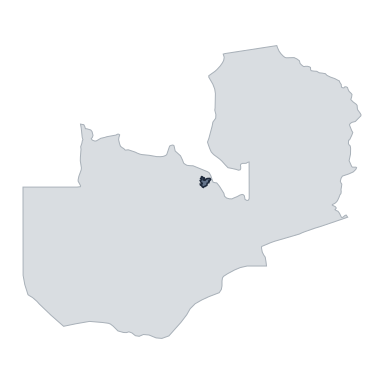 Kitwe, Copperbelt, Zambia shown in context
{"feature_id": "96606910B1018737914833", "entity_name": "Kitwe", "entity_type": "district", "adm_level": 2, "iso_a3": "ZMB", "parent_name": "Zambia", "parent_adm1": "Copperbelt", "projection": "mercator", "projection_center": [28.274, -12.828], "detail": "fine", "context": "in_parent", "style": "filled", "palette": "slate", "viewbox_px": 384, "rotation_deg": 0, "n_neighbors": 0, "source": "geoboundaries", "source_scale": "gbopen_adm2", "svg_char_len": 5782}
<svg xmlns="http://www.w3.org/2000/svg" viewBox="0 0 384 384"><path d="M266.5,266.0L247.2,266.0L240.2,267.6L234.5,270.0L227.6,273.7L223.6,276.3L222.5,277.8L222.0,281.0L222.0,285.9L221.3,289.5L219.2,292.7L208.8,296.7L201.9,299.9L195.2,303.7L190.2,308.7L186.7,314.8L180.9,322.4L168.9,335.9L161.9,338.4L156.1,337.9L149.0,335.0L143.4,334.5L139.2,336.3L135.4,335.7L131.9,332.9L128.9,331.8L126.5,332.6L123.5,332.5L117.9,330.9L113.1,326.1L110.5,324.1L108.5,323.3L102.7,322.5L89.5,321.4L75.7,323.8L63.6,326.3L51.3,315.5L39.4,304.1L36.9,301.3L32.5,297.5L29.3,295.6L28.0,294.7L24.8,284.6L23.1,275.3L23.0,187.1L77.0,187.1L80.4,186.7L80.6,185.8L78.1,181.1L78.2,179.4L78.9,176.2L81.2,169.9L81.4,167.8L80.3,160.9L80.4,157.1L81.0,149.3L80.7,146.7L81.9,143.2L82.3,140.8L82.9,139.8L82.2,137.2L81.2,128.0L80.5,124.1L83.8,124.7L84.8,126.6L85.4,128.7L86.9,128.8L90.8,130.0L92.1,131.7L93.0,135.4L92.4,137.3L91.2,138.8L92.4,140.2L95.0,141.1L96.5,140.8L100.8,138.3L104.8,137.4L106.9,136.7L115.8,135.1L117.5,134.2L118.8,134.2L119.7,134.9L118.9,137.5L118.6,139.8L119.7,144.2L120.5,146.3L122.4,147.8L123.7,148.5L125.2,150.1L128.3,149.8L135.2,152.1L137.2,153.1L140.1,154.2L142.1,154.6L149.2,155.3L156.6,156.6L160.5,156.7L163.2,156.4L165.1,155.7L166.3,155.0L166.8,154.4L169.6,146.1L171.0,145.4L172.9,145.0L174.0,145.7L175.2,151.0L180.5,155.8L182.4,159.8L183.7,163.2L184.9,164.1L186.9,165.3L190.2,165.7L193.1,165.8L207.5,171.7L209.1,172.7L210.9,175.9L212.0,179.4L213.1,182.2L215.0,182.7L216.7,182.9L218.3,184.8L219.6,186.5L223.9,193.4L224.5,196.2L226.5,198.0L229.4,198.8L232.0,198.9L233.5,198.1L237.2,196.6L240.1,195.0L242.2,194.4L243.4,194.8L244.4,195.9L245.0,199.4L247.0,200.5L248.5,200.1L249.1,198.7L249.2,198.0L249.1,162.0L247.8,162.3L246.1,163.3L242.3,163.4L240.8,164.2L240.4,165.3L240.7,166.8L240.7,168.8L240.2,169.8L238.5,170.2L236.1,169.4L231.7,168.4L228.0,167.7L225.4,165.0L221.8,161.0L219.5,158.9L213.8,154.7L212.9,153.8L211.2,151.9L209.7,148.5L208.3,144.6L207.5,142.1L208.9,138.3L212.2,125.9L212.9,122.1L215.7,118.2L215.9,114.6L214.8,110.2L215.1,107.7L215.4,93.5L214.7,89.0L212.8,84.1L208.8,77.2L208.8,75.7L215.0,71.3L216.9,69.6L220.2,66.0L222.4,62.9L223.7,60.4L224.2,57.2L223.2,54.1L225.3,53.5L276.8,45.6L277.5,47.7L279.1,51.2L280.9,53.7L283.1,56.0L284.9,57.4L286.2,57.8L294.1,57.6L297.0,59.0L299.4,60.8L300.1,63.5L301.7,65.1L303.5,66.5L304.2,66.6L305.5,66.3L307.6,66.3L309.6,66.9L310.5,67.5L310.6,69.7L311.2,70.7L313.9,71.1L316.7,71.3L319.3,72.8L322.1,73.1L325.4,73.7L327.0,75.4L330.5,77.1L334.8,78.6L339.5,81.1L339.6,81.9L340.4,83.3L341.2,84.4L341.3,86.0L341.7,87.4L342.9,87.8L343.9,87.9L344.8,86.8L346.1,86.8L347.5,87.5L348.0,89.2L349.1,91.4L350.8,93.0L352.0,94.4L351.6,97.1L350.8,99.6L353.2,102.0L356.3,104.3L357.1,105.4L357.4,108.8L357.8,110.0L359.9,112.8L361.0,114.7L360.9,115.8L355.3,121.5L351.8,122.4L350.3,123.5L349.4,124.8L351.6,130.4L352.8,132.5L351.8,135.2L349.6,139.8L348.6,140.2L348.4,143.7L349.1,144.9L350.2,145.9L350.6,148.3L350.5,154.1L349.1,160.7L351.7,166.5L352.5,167.2L356.0,167.2L356.6,167.7L355.8,169.4L353.3,171.9L348.9,173.9L342.4,176.1L341.1,178.2L340.3,181.2L341.0,183.0L341.8,184.1L341.5,186.7L341.0,189.5L341.2,191.8L340.9,193.7L340.0,194.7L338.9,197.6L337.5,200.6L336.4,202.0L334.8,203.4L332.3,204.6L332.3,205.2L335.2,206.6L336.0,207.5L336.2,208.2L335.0,209.7L336.4,210.6L338.0,211.3L339.5,213.3L341.3,217.1L341.6,217.4L342.1,217.5L343.1,217.1L344.8,215.6L346.1,215.0L347.7,217.2L320.8,226.4L314.5,228.3L305.1,231.6L302.0,232.8L299.5,234.0L274.5,241.3L270.6,242.7L261.8,246.4L261.5,247.0L261.6,248.7L262.3,252.2L263.9,255.3L265.2,257.1L266.0,261.8L266.5,266.0Z" fill="#d9dde1" stroke="#a8b0b8" stroke-width="1"/><path d="M200.3,184.7L200.3,184.8L200.5,185.0L200.8,185.2L201.0,185.4L201.2,185.5L201.3,185.5L201.5,185.6L201.6,185.8L201.7,186.0L201.8,186.0L202.0,186.0L202.1,186.3L202.2,186.5L202.3,186.6L202.4,186.8L202.5,186.9L202.5,187.0L202.8,187.1L203.0,187.1L203.1,187.3L203.3,187.4L203.4,187.2L203.5,186.9L203.8,186.8L204.0,186.8L204.2,186.7L204.3,186.6L204.6,186.6L204.8,186.6L205.0,186.5L205.0,186.4L205.0,186.2L205.3,186.0L205.6,185.9L205.8,185.8L206.1,185.8L206.3,185.7L206.5,185.6L206.6,185.4L206.9,185.3L207.1,183.7L207.2,183.2L207.6,183.2L208.0,183.0L208.3,182.8L208.5,182.7L208.6,182.4L208.7,181.9L208.7,181.7L208.8,181.7L208.8,181.8L208.8,181.7L208.9,181.8L208.9,181.7L209.0,181.7L209.2,181.4L209.2,181.2L209.3,181.2L209.3,180.9L209.4,180.7L209.5,180.6L209.9,180.4L210.0,180.3L210.1,180.2L210.3,179.9L210.5,179.8L210.6,179.6L210.1,178.5L209.9,178.4L209.8,178.5L209.7,178.5L209.4,178.6L209.1,178.5L208.8,178.6L208.7,178.5L208.4,178.4L208.2,178.4L207.9,178.4L207.7,178.5L207.3,178.6L207.1,178.6L207.0,178.8L206.9,178.9L206.5,179.0L206.4,179.0L206.3,178.9L206.2,178.9L206.0,179.0L205.9,179.1L205.9,179.3L205.7,179.4L205.7,179.5L205.5,179.8L205.4,179.8L205.4,180.0L205.4,179.9L205.4,180.0L205.2,180.2L205.1,180.3L204.9,180.3L204.7,180.3L204.2,180.2L204.3,180.0L204.3,179.9L204.2,179.8L204.1,179.7L203.9,179.6L203.9,179.3L203.9,179.2L204.0,179.2L203.9,179.1L203.7,179.0L203.7,178.9L203.7,179.0L203.8,178.9L203.8,178.7L204.0,178.8L204.1,178.7L204.3,178.5L204.3,178.4L204.2,178.4L204.2,178.1L203.9,178.2L203.7,178.2L203.5,177.9L203.4,177.9L203.5,177.8L203.5,177.7L203.4,177.7L203.2,177.6L203.0,177.4L202.9,177.4L202.7,177.2L202.4,177.1L202.3,176.9L202.2,176.8L202.3,176.8L202.2,176.7L201.9,176.6L201.6,177.2L201.4,177.6L201.2,177.8L201.0,178.0L200.8,178.2L200.6,178.6L201.1,178.7L201.1,178.8L201.9,179.7L200.2,180.6L201.0,182.2L201.2,182.5L201.3,182.6L201.6,182.7L201.6,182.8L201.7,183.0L201.8,183.0L202.0,183.1L202.2,183.3L202.2,183.5L202.3,183.8L202.2,183.9L201.9,184.0L201.7,184.0L201.6,183.9L201.3,183.7L201.3,183.8L201.1,184.0L200.9,184.3L200.7,184.4L200.7,184.5L200.4,184.8L200.3,184.7L200.3,184.7Z" fill="#64748b" stroke="#1e293b" stroke-width="1.5"/></svg>